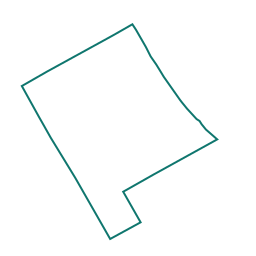 Ottawa, Michigan, United States of America, rotated 151°
{"feature_id": "52423323B64315206950381", "entity_name": "Ottawa", "entity_type": "district", "adm_level": 2, "iso_a3": "USA", "parent_name": "United States of America", "parent_adm1": "Michigan", "projection": "albers", "projection_center": [-86.089, 42.987], "detail": "fine", "context": "isolated", "style": "outline", "palette": "teal", "viewbox_px": 256, "rotation_deg": 151, "n_neighbors": 0, "source": "geoboundaries", "source_scale": "gbopen_adm2", "svg_char_len": 486}
<svg xmlns="http://www.w3.org/2000/svg" viewBox="0 0 256 256"><g transform="rotate(151 128 128)"><path d="M55.5,74.8L60.6,88.9L61.8,95.6L62.0,99.4L63.7,102.6L67.0,116.3L68.4,124.1L68.9,127.4L71.9,155.4L72.1,160.8L72.5,169.7L73.5,179.6L73.1,190.1L73.4,210.0L73.9,216.6L86.5,216.4L95.3,216.3L98.3,216.3L171.2,216.6L200.5,216.2L200.5,180.6L200.4,172.1L200.3,157.1L198.3,110.0L197.4,39.6L162.7,39.4L163.1,74.6L127.8,74.9L55.5,74.8Z" fill="none" stroke="#0f766e" stroke-width="2"/></g></svg>